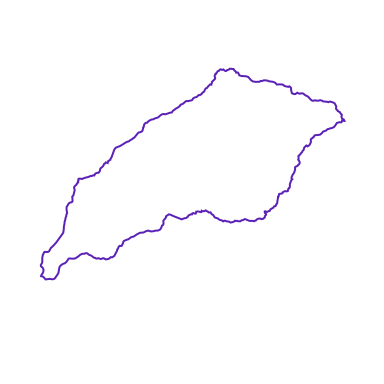 San Pablo, Cajamarca, Peru (Mercator projection), rotated 202°
{"feature_id": "86281439B29133878873300", "entity_name": "San Pablo", "entity_type": "district", "adm_level": 2, "iso_a3": "PER", "parent_name": "Peru", "parent_adm1": "Cajamarca", "projection": "mercator", "projection_center": [-78.748, -7.04], "detail": "fine", "context": "isolated", "style": "outline", "palette": "violet", "viewbox_px": 384, "rotation_deg": 202, "n_neighbors": 0, "source": "geoboundaries", "source_scale": "gbopen_adm2", "svg_char_len": 6061}
<svg xmlns="http://www.w3.org/2000/svg" viewBox="0 0 384 384"><g transform="rotate(202 192 192)"><path d="M304.8,67.7L304.5,66.9L304.1,66.5L302.9,66.2L301.5,65.4L300.5,64.2L300.0,62.3L300.0,60.6L300.5,59.1L300.4,57.4L298.9,57.7L298.0,57.6L295.0,56.1L291.5,58.1L288.9,58.7L287.5,59.5L286.8,60.6L285.5,66.5L285.9,68.8L286.5,71.2L286.7,73.3L285.9,75.3L284.8,76.9L283.1,78.4L282.1,80.6L281.5,83.8L280.9,84.4L277.0,85.7L275.3,86.8L273.3,89.6L272.2,91.8L271.0,93.2L270.3,93.8L268.8,94.3L267.6,95.5L267.0,95.7L266.2,95.9L263.9,95.2L261.5,95.3L258.5,94.4L256.8,94.6L255.8,94.4L255.1,94.7L253.9,95.6L251.7,95.6L250.4,96.5L249.7,97.3L249.2,97.5L246.7,97.2L244.6,98.5L243.5,99.7L243.0,101.1L241.6,101.5L240.1,103.6L239.5,109.4L239.8,110.9L239.4,111.6L239.5,113.0L239.3,114.2L239.0,114.9L237.1,115.6L236.7,118.8L237.1,120.3L236.7,121.2L234.2,123.7L233.3,124.3L231.7,127.0L230.9,127.8L229.3,128.9L227.3,132.0L225.0,134.7L221.9,136.2L219.9,138.5L218.2,139.8L215.9,139.9L214.3,140.5L212.6,141.5L211.3,142.6L209.7,143.2L208.9,143.7L207.8,144.9L207.4,145.6L207.1,147.6L207.3,149.5L206.4,150.9L206.7,152.3L207.7,154.3L207.7,155.1L206.7,158.1L206.7,159.0L207.0,159.7L205.2,162.5L203.8,162.9L199.7,162.7L192.9,162.8L191.8,162.7L191.2,162.9L189.1,164.9L187.9,165.5L187.3,166.2L187.1,166.8L186.6,167.4L186.5,168.9L184.5,171.0L183.6,171.3L183.6,172.4L182.8,173.0L181.3,173.0L180.4,173.5L180.7,175.4L178.9,176.3L176.1,176.7L175.7,177.3L175.9,178.1L175.5,178.0L173.8,178.6L172.4,180.1L171.1,179.7L170.4,179.8L168.5,179.3L167.2,180.1L165.4,178.8L163.4,178.5L162.3,177.5L160.9,176.9L158.1,177.2L156.8,176.6L154.9,176.6L154.0,176.9L152.4,176.4L151.9,176.6L151.7,177.2L151.1,177.6L148.8,177.8L146.7,178.4L144.8,178.1L142.5,179.7L141.7,180.7L141.4,181.5L140.7,181.5L139.8,182.0L137.8,182.3L136.3,182.9L135.4,184.4L134.3,184.9L132.9,186.7L131.4,186.8L128.6,186.7L126.5,187.2L125.4,187.8L123.4,188.2L123.1,188.8L122.2,189.3L121.8,190.6L120.5,192.1L118.9,192.9L117.3,192.9L117.2,193.2L116.0,193.8L115.5,194.9L115.0,195.5L115.4,197.0L114.9,198.3L114.8,198.8L115.1,199.4L116.4,199.8L117.2,200.8L117.3,201.3L116.9,201.6L115.7,201.5L114.8,201.7L113.9,202.9L112.9,203.5L112.8,205.3L110.7,208.0L110.5,209.5L109.4,210.1L109.2,210.4L109.3,212.1L108.8,213.2L109.9,217.7L110.0,218.6L110.5,219.8L110.1,220.0L110.4,222.9L108.0,224.3L107.7,224.8L107.9,225.5L106.6,227.2L105.9,227.7L104.3,228.1L103.5,228.8L103.8,229.9L103.8,231.3L103.8,231.7L103.3,231.9L103.2,233.2L103.5,234.4L104.2,235.8L104.3,238.3L104.3,240.2L103.8,241.4L104.3,241.5L104.9,242.0L105.2,243.1L105.1,245.8L104.6,247.9L104.6,249.8L104.8,250.4L104.8,251.5L105.7,253.5L105.2,254.5L103.9,255.7L103.8,256.7L103.1,257.8L103.0,259.3L103.2,259.8L104.4,261.1L105.6,261.7L105.6,262.8L106.8,265.2L106.7,265.6L106.1,266.3L106.2,266.7L105.5,268.2L105.4,269.3L104.9,270.1L104.8,271.6L104.3,272.8L104.6,275.3L103.4,278.0L103.0,278.0L102.3,277.6L101.9,277.6L100.7,279.5L100.4,282.6L101.0,284.1L101.4,284.8L101.5,285.8L100.6,287.0L100.1,288.3L99.8,288.4L99.6,290.0L99.2,290.7L94.9,293.0L94.4,293.6L94.4,293.9L93.7,295.0L93.1,297.1L90.8,299.1L89.8,301.1L88.8,301.7L87.7,302.8L86.2,303.7L84.7,305.4L83.9,308.1L83.6,310.2L81.7,311.8L79.7,312.5L79.5,312.8L79.6,314.8L79.3,315.2L78.9,315.3L77.8,314.8L77.3,315.0L78.5,316.1L80.3,316.2L81.7,317.8L81.9,319.5L82.1,319.8L83.8,320.5L84.7,321.4L87.1,321.6L87.5,322.2L89.2,322.7L89.7,323.3L90.4,325.5L92.9,327.6L94.4,327.9L97.6,327.6L98.2,327.4L99.3,326.3L100.5,326.3L104.4,325.1L105.6,325.4L107.6,325.1L109.0,324.0L111.0,323.3L112.4,323.1L113.5,322.1L114.8,321.7L116.4,322.1L120.1,323.9L123.5,324.2L125.7,324.9L127.1,324.7L129.4,323.3L131.6,323.5L132.8,321.6L134.1,321.0L136.3,321.0L138.3,323.6L139.1,325.5L140.1,326.1L141.2,326.4L141.4,326.4L142.0,325.6L145.2,325.0L146.2,325.0L147.4,325.5L148.6,325.5L151.2,324.6L153.6,323.4L155.1,324.2L156.1,324.5L158.2,324.5L162.5,323.4L163.5,323.6L165.9,323.0L167.3,322.4L168.6,321.1L169.8,320.8L170.8,319.5L174.1,318.0L177.2,317.3L179.6,318.0L182.9,319.7L185.4,319.5L189.4,318.1L191.9,317.9L193.2,319.3L194.1,319.9L194.8,319.8L195.7,319.2L196.3,319.9L198.2,320.6L199.6,321.6L201.0,321.0L201.8,321.0L203.3,320.3L203.6,319.4L205.2,318.0L205.4,317.3L206.0,316.8L207.4,316.8L208.8,317.4L209.8,316.5L211.3,316.5L212.1,315.8L212.4,314.5L213.5,313.5L213.7,311.7L214.4,310.7L214.1,310.1L214.5,309.7L214.6,309.1L214.5,308.2L213.9,307.1L213.3,306.6L213.1,305.0L213.9,303.6L214.7,301.6L214.4,300.4L214.6,299.7L214.3,298.8L215.5,298.5L216.7,295.8L217.0,294.2L218.1,293.1L218.4,291.4L218.3,289.9L219.0,288.6L219.5,288.1L219.9,286.1L220.7,285.5L220.9,284.8L222.2,284.3L223.2,281.9L225.1,280.5L226.2,278.8L226.1,278.0L226.5,277.0L229.5,274.9L231.3,274.2L231.9,273.5L233.4,270.5L235.2,268.7L235.5,267.9L235.5,267.1L236.0,266.5L236.4,265.5L238.2,263.3L239.3,261.3L240.1,260.3L240.5,258.2L242.2,257.2L245.7,254.1L247.6,253.7L249.0,252.7L250.0,251.2L251.4,248.4L253.9,246.4L255.2,244.8L256.3,244.3L257.5,243.2L259.0,241.1L259.5,239.5L260.4,239.1L261.2,238.0L261.6,236.8L261.5,235.5L261.1,234.5L261.5,233.4L261.1,232.6L260.9,229.9L261.3,229.2L262.5,228.0L263.4,227.5L264.1,226.6L265.9,220.7L266.5,220.2L267.1,218.8L268.7,216.9L269.5,215.3L271.3,214.0L275.8,207.8L279.3,204.5L279.9,202.2L279.6,193.8L280.0,192.4L279.7,191.4L281.2,189.4L281.0,188.9L281.5,187.8L281.2,187.3L283.0,187.1L283.4,185.7L284.1,184.9L284.0,183.6L284.4,182.0L285.7,179.6L285.7,178.4L285.3,177.0L285.8,174.8L287.1,174.3L288.5,172.9L288.8,170.7L289.9,170.5L290.9,169.3L292.0,168.9L293.7,167.1L295.9,165.6L298.3,163.5L298.7,162.9L300.7,162.5L301.8,162.0L302.2,161.3L301.6,160.4L301.8,159.4L301.2,158.7L301.7,158.0L301.4,157.0L301.8,156.5L302.1,155.1L303.0,153.3L303.1,152.3L302.5,151.1L301.8,150.4L301.4,149.4L300.7,144.4L301.3,142.9L299.3,138.8L299.7,137.5L301.0,136.6L302.0,135.3L302.6,131.0L301.6,128.4L299.9,125.8L300.0,123.7L299.5,122.6L299.6,121.2L299.1,118.6L299.0,116.9L298.4,115.0L297.9,112.2L296.9,109.3L296.1,105.9L299.0,94.2L300.6,89.9L301.9,87.2L302.3,83.5L303.2,82.4L306.1,81.3L306.5,80.8L306.7,77.6L306.0,74.2L305.3,72.9L304.6,70.9L304.5,69.6L304.8,67.7Z" fill="none" stroke="#5b21b6" stroke-width="2"/></g></svg>